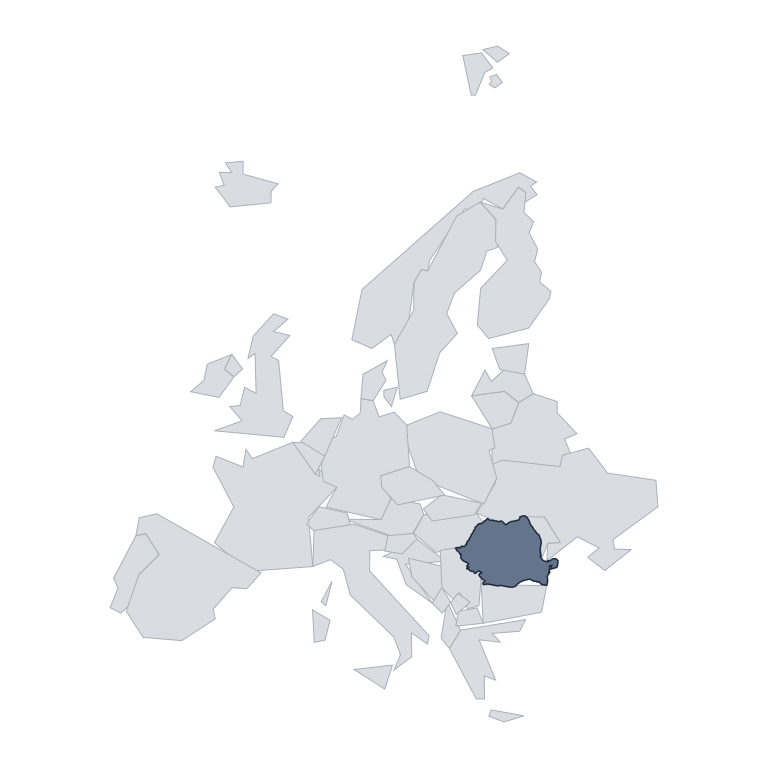 location of Romania within Europe
{"feature_id": "ROU", "entity_name": "Romania", "entity_type": "country or territory", "adm_level": 0, "iso_a3": "ROU", "parent_name": "Europe", "parent_adm1": "", "projection": "orthographic", "projection_center": [24.529, 45.967], "detail": "fine", "context": "in_parent", "style": "filled", "palette": "slate", "viewbox_px": 768, "rotation_deg": 0, "n_neighbors": 37, "source": "natural_earth", "source_scale": "50m", "svg_char_len": 10684}
<svg xmlns="http://www.w3.org/2000/svg" viewBox="0 0 768 768"><path d="M462.8,55.6L481.5,52.9L492.8,67.9L484.7,72.6L475.5,95.1L471.2,95.1L462.8,55.6ZM537.1,194.7L524.1,202.6L525.7,192.6L518.5,187.3L502.8,209.1L483.7,198.5L475.1,211.8L464.7,208.8L429.6,260.2L427.7,270.9L421.2,269.7L414.0,282.6L407.9,327.3L394.4,344.4L391.1,334.4L371.9,348.5L351.9,339.7L362.0,289.5L473.1,191.5L519.8,172.8L536.6,182.0L530.4,186.3L537.1,194.7ZM509.3,53.7L497.3,62.2L483.0,49.6L497.6,46.1L509.3,53.7ZM502.3,82.4L494.8,87.8L489.1,84.5L491.5,81.2L489.9,76.9L496.5,74.5L502.3,82.4Z" fill="#d9dde1" stroke="#a8b0b8" stroke-width="1"/><path d="M292.7,442.3L336.8,487.3L308.5,517.3L312.8,566.5L248.2,571.3L214.4,542.7L233.9,507.0L213.0,467.2L216.2,456.3L243.0,467.0L246.0,449.5L252.3,458.7L292.7,442.3ZM321.2,601.7L332.0,581.3L325.8,605.8L321.2,601.7Z" fill="#d9dde1" stroke="#a8b0b8" stroke-width="1"/><path d="M394.4,344.4L413.7,310.3L414.0,282.6L421.2,269.7L427.7,270.9L456.7,216.1L480.2,202.1L495.9,219.3L497.7,247.3L486.7,251.2L480.5,270.2L454.3,293.2L446.7,313.6L457.3,333.5L439.8,352.6L427.1,391.3L400.2,399.3L394.4,344.4Z" fill="#d9dde1" stroke="#a8b0b8" stroke-width="1"/><path d="M533.1,393.6L557.2,401.6L557.2,412.9L576.9,433.7L564.6,439.1L570.6,453.6L559.9,466.6L492.0,464.8L492.1,428.8L510.7,423.2L518.8,402.6L533.1,393.6Z" fill="#d9dde1" stroke="#a8b0b8" stroke-width="1"/><path d="M614.7,549.1L631.2,549.6L604.8,570.5L587.7,557.3L599.1,547.9L577.4,536.8L546.9,560.8L547.9,543.1L560.3,542.6L544.5,517.2L505.1,524.3L476.5,513.3L495.6,482.6L492.0,464.8L501.9,460.1L559.9,466.6L562.5,455.2L588.6,448.1L607.6,473.1L655.9,480.3L657.9,506.8L612.8,539.7L614.7,549.1Z" fill="#d9dde1" stroke="#a8b0b8" stroke-width="1"/><path d="M492.1,428.8L494.8,447.7L489.1,450.7L496.7,478.3L483.8,504.1L419.4,478.4L404.6,436.8L406.7,425.1L440.1,411.8L492.1,428.8Z" fill="#d9dde1" stroke="#a8b0b8" stroke-width="1"/><path d="M423.7,514.6L411.4,535.8L396.4,537.9L344.6,519.2L380.9,519.6L390.8,499.0L419.9,503.9L423.7,514.6Z" fill="#d9dde1" stroke="#a8b0b8" stroke-width="1"/><path d="M476.5,513.3L482.7,521.8L464.1,545.5L436.1,552.4L413.6,533.4L423.7,514.6L476.5,513.3Z" fill="#d9dde1" stroke="#a8b0b8" stroke-width="1"/><path d="M523.2,516.5L544.5,517.2L560.3,542.6L547.9,543.1L541.9,558.2L539.8,537.8L523.2,516.5Z" fill="#d9dde1" stroke="#a8b0b8" stroke-width="1"/><path d="M518.8,402.6L510.7,423.2L492.1,428.8L471.6,395.8L504.5,391.3L518.8,402.6Z" fill="#d9dde1" stroke="#a8b0b8" stroke-width="1"/><path d="M524.6,374.1L533.1,393.6L518.8,402.6L504.5,391.3L471.6,395.8L485.0,370.0L491.4,381.5L506.9,366.9L524.6,374.1Z" fill="#d9dde1" stroke="#a8b0b8" stroke-width="1"/><path d="M528.8,343.6L524.6,374.1L499.8,369.6L492.2,348.5L528.8,343.6Z" fill="#d9dde1" stroke="#a8b0b8" stroke-width="1"/><path d="M406.7,425.1L409.5,466.6L380.8,475.8L390.8,499.0L380.9,519.6L325.9,507.1L336.8,487.3L323.5,481.4L321.1,466.1L327.1,440.2L336.3,436.3L344.1,414.9L352.5,419.4L360.2,413.2L361.0,398.6L373.1,400.6L379.0,416.9L394.2,412.2L406.7,425.1Z" fill="#d9dde1" stroke="#a8b0b8" stroke-width="1"/><path d="M480.8,578.3L483.9,584.8L546.7,585.6L541.6,612.2L483.3,623.2L480.8,578.3Z" fill="#d9dde1" stroke="#a8b0b8" stroke-width="1"/><path d="M523.9,715.9L504.1,721.9L488.8,716.4L491.2,709.9L523.9,715.9ZM460.5,630.1L525.7,619.6L519.6,631.2L492.1,633.4L500.2,642.1L479.1,639.8L495.6,680.1L484.3,675.9L484.5,698.9L476.2,698.9L449.4,648.4L460.5,630.1Z" fill="#d9dde1" stroke="#a8b0b8" stroke-width="1"/><path d="M460.5,630.1L449.4,648.4L441.1,638.2L447.1,600.9L460.5,630.1Z" fill="#d9dde1" stroke="#a8b0b8" stroke-width="1"/><path d="M416.9,539.1L445.6,561.2L405.5,564.2L432.2,603.1L406.2,584.7L396.7,559.2L383.4,556.5L416.9,539.1Z" fill="#d9dde1" stroke="#a8b0b8" stroke-width="1"/><path d="M347.0,513.0L351.9,530.3L317.8,534.6L306.7,524.1L318.4,506.7L347.0,513.0Z" fill="#d9dde1" stroke="#a8b0b8" stroke-width="1"/><path d="M318.5,466.1L319.9,476.4L315.3,474.3L318.5,466.1Z" fill="#d9dde1" stroke="#a8b0b8" stroke-width="1"/><path d="M324.7,456.2L315.3,474.3L292.7,442.3L316.4,443.5L324.7,456.2Z" fill="#d9dde1" stroke="#a8b0b8" stroke-width="1"/><path d="M341.6,417.7L324.7,456.2L300.8,441.4L320.7,418.8L341.6,417.7Z" fill="#d9dde1" stroke="#a8b0b8" stroke-width="1"/><path d="M136.0,535.7L145.7,533.5L159.2,554.6L138.8,574.9L135.6,599.3L120.8,613.1L110.1,607.7L118.0,588.1L113.6,578.1L136.0,535.7Z" fill="#d9dde1" stroke="#a8b0b8" stroke-width="1"/><path d="M126.3,611.3L138.8,574.9L159.2,554.6L145.7,533.5L136.0,535.7L139.2,517.8L156.8,513.8L261.0,572.9L246.6,588.8L232.0,587.7L213.2,609.1L215.2,618.9L181.8,640.6L143.1,637.4L126.3,611.3Z" fill="#d9dde1" stroke="#a8b0b8" stroke-width="1"/><path d="M234.0,376.7L219.0,397.4L190.6,391.7L204.1,380.2L207.2,364.2L231.7,354.4L224.5,369.3L234.0,376.7Z" fill="#d9dde1" stroke="#a8b0b8" stroke-width="1"/><path d="M353.9,524.2L387.9,535.6L387.4,549.9L369.8,550.6L369.6,570.9L429.1,635.8L427.5,644.1L411.5,632.9L411.7,656.7L393.9,670.2L400.5,654.7L393.9,637.1L350.2,594.9L343.3,569.1L330.4,559.6L312.8,566.5L314.1,530.4L353.9,524.2ZM354.1,669.5L392.4,665.1L384.8,689.1L354.1,669.5ZM312.5,609.8L330.0,620.4L325.0,640.2L314.3,642.3L312.5,609.8Z" fill="#d9dde1" stroke="#a8b0b8" stroke-width="1"/><path d="M373.1,400.6L361.0,398.6L363.0,374.3L387.3,360.6L381.9,372.6L386.1,380.0L373.1,400.6ZM397.3,387.3L391.3,406.7L383.9,396.6L383.9,390.2L397.3,387.3Z" fill="#d9dde1" stroke="#a8b0b8" stroke-width="1"/><path d="M234.0,376.7L224.5,369.3L231.7,354.4L242.6,368.8L234.0,376.7ZM256.1,393.3L255.1,353.4L248.0,358.4L253.3,336.0L273.6,313.8L287.9,319.2L273.5,331.5L289.8,335.5L271.0,356.5L278.6,360.4L283.3,410.6L292.8,416.6L283.9,437.3L214.4,430.8L242.1,420.8L229.8,406.5L240.3,405.5L244.5,387.3L256.1,393.3Z" fill="#d9dde1" stroke="#a8b0b8" stroke-width="1"/><path d="M278.1,183.8L271.2,191.1L270.9,202.8L230.3,206.9L215.1,187.1L224.1,185.5L219.4,172.2L232.0,172.7L225.4,162.9L243.1,161.2L243.0,174.1L278.1,183.8Z" fill="#d9dde1" stroke="#a8b0b8" stroke-width="1"/><path d="M387.9,535.6L413.6,533.4L416.9,539.1L402.0,553.9L384.8,551.0L387.9,535.6Z" fill="#d9dde1" stroke="#a8b0b8" stroke-width="1"/><path d="M525.7,192.6L524.0,212.7L533.6,221.7L529.1,232.9L537.7,248.9L534.5,261.7L541.5,272.2L539.6,282.0L550.9,291.3L549.1,299.1L528.6,328.1L488.7,338.5L477.3,325.0L480.7,288.3L507.3,260.3L495.6,241.6L495.9,219.3L480.2,202.1L502.8,209.1L518.5,187.3L525.7,192.6Z" fill="#d9dde1" stroke="#a8b0b8" stroke-width="1"/><path d="M481.6,503.1L474.2,514.8L432.2,521.0L423.2,509.1L441.6,494.8L481.6,503.1Z" fill="#d9dde1" stroke="#a8b0b8" stroke-width="1"/><path d="M409.5,466.6L432.8,480.6L444.6,495.0L397.6,504.9L381.7,487.2L380.8,475.8L409.5,466.6Z" fill="#d9dde1" stroke="#a8b0b8" stroke-width="1"/><path d="M433.7,600.6L412.0,577.0L408.4,558.1L445.0,567.0L444.7,587.1L433.7,600.6Z" fill="#d9dde1" stroke="#a8b0b8" stroke-width="1"/><path d="M477.0,607.9L483.3,623.2L455.8,626.2L458.3,611.3L477.0,607.9Z" fill="#d9dde1" stroke="#a8b0b8" stroke-width="1"/><path d="M440.2,550.4L455.4,548.0L481.5,573.0L478.9,605.7L467.8,608.7L459.7,592.5L453.1,599.3L442.0,587.6L440.2,550.4Z" fill="#d9dde1" stroke="#a8b0b8" stroke-width="1"/><path d="M450.8,602.6L442.2,613.1L432.2,603.1L442.0,587.6L450.8,602.6Z" fill="#d9dde1" stroke="#a8b0b8" stroke-width="1"/><path d="M456.2,614.3L450.8,602.6L457.7,593.3L470.3,602.1L456.2,614.3Z" fill="#d9dde1" stroke="#a8b0b8" stroke-width="1"/><path d="M541.7,558.8L542.9,560.3L544.4,561.1L547.8,561.8L548.1,561.7L547.9,561.3L547.8,561.0L548.0,560.7L548.4,560.6L549.2,560.9L550.6,560.3L552.7,558.9L554.6,558.6L556.4,559.2L557.4,560.0L558.0,560.8L557.9,561.9L557.9,562.5L557.6,565.2L557.3,566.2L556.8,567.4L551.3,569.0L551.7,568.4L551.5,567.3L551.2,566.4L551.7,565.7L550.4,565.4L549.9,565.9L549.5,566.6L549.9,568.3L549.4,569.3L549.2,569.8L549.2,571.0L548.9,571.6L548.8,572.2L549.7,572.0L549.4,573.1L547.8,575.2L547.3,576.4L547.7,581.3L547.0,584.2L547.0,585.0L545.2,585.2L544.7,585.1L542.9,584.8L541.0,584.1L539.8,582.6L539.0,581.6L537.4,582.2L537.1,582.0L536.7,581.5L535.4,581.2L533.9,581.3L530.5,579.5L530.1,579.1L527.4,579.6L523.5,580.6L520.4,581.9L517.3,584.1L516.1,585.7L514.6,586.6L512.5,587.2L508.7,587.0L504.8,586.2L500.5,585.4L498.2,585.9L495.2,585.5L490.5,584.4L487.1,584.0L483.6,584.6L483.1,584.1L482.9,583.6L483.1,582.8L483.6,582.2L484.4,581.8L484.9,581.3L484.9,580.8L484.0,580.0L482.1,579.0L481.4,578.3L481.2,578.1L481.1,577.5L480.8,577.0L480.0,576.7L479.5,576.1L479.1,575.2L479.2,574.3L479.8,573.6L480.5,573.2L481.4,573.4L481.8,573.1L481.7,572.6L480.8,571.9L479.2,571.0L477.6,571.4L475.9,573.1L474.7,573.4L474.0,572.2L472.8,571.4L470.9,571.1L469.8,570.6L469.4,569.9L468.6,569.3L466.8,568.7L466.8,568.1L467.1,568.0L467.7,568.0L468.6,567.9L468.7,567.6L468.8,567.3L468.1,567.0L467.4,566.7L467.1,566.4L466.9,566.1L466.8,565.9L467.0,565.7L467.3,565.7L467.6,565.5L467.8,564.9L468.1,564.4L468.4,564.2L468.4,563.8L468.2,563.4L467.8,563.1L467.3,562.8L465.6,562.2L464.8,561.4L464.2,561.3L463.4,560.9L462.6,560.2L461.8,559.2L461.0,558.5L460.8,558.2L461.0,557.7L461.0,557.4L460.8,556.5L461.0,555.5L461.0,554.5L461.0,554.1L460.9,554.0L460.7,554.1L460.5,554.3L460.3,554.3L459.7,553.6L459.0,552.2L458.5,551.7L457.6,551.0L456.7,550.4L456.2,549.2L455.6,548.3L456.0,547.9L458.5,547.5L459.6,548.1L460.1,547.9L460.6,547.5L460.9,547.2L461.0,546.9L461.2,546.4L462.1,546.3L464.2,546.6L465.1,546.0L465.5,545.7L465.7,545.0L466.0,544.4L466.8,544.1L466.8,543.5L466.7,542.9L467.2,541.6L467.5,541.1L467.9,540.9L468.5,540.5L469.4,539.7L469.2,538.9L469.4,538.3L470.4,537.0L471.2,535.7L471.2,535.0L471.3,534.5L472.0,533.9L472.7,533.1L473.7,530.5L474.0,530.1L474.6,529.6L475.0,529.1L475.1,527.4L475.6,527.0L476.4,526.4L477.1,525.6L477.8,524.6L478.3,524.1L478.9,524.0L479.6,523.6L480.4,523.4L481.1,523.7L481.6,523.6L482.3,523.1L484.2,521.2L484.5,520.8L484.9,520.6L486.3,519.9L486.7,519.3L487.2,518.7L487.9,518.8L490.0,520.3L492.3,520.2L492.7,520.3L492.8,520.3L493.1,520.4L496.2,521.2L496.6,521.1L496.8,521.0L498.0,521.6L499.1,521.6L500.1,521.2L501.2,521.0L502.1,521.3L502.9,522.1L504.8,523.9L505.4,524.6L506.3,524.5L507.3,524.1L508.3,522.9L511.3,521.5L513.7,521.2L515.9,520.6L518.6,520.1L519.3,519.0L519.7,518.2L520.0,516.8L521.4,516.4L522.7,516.1L523.2,515.9L524.2,515.8L524.9,515.9L526.1,516.6L527.0,517.4L527.3,518.1L528.1,519.0L528.9,520.4L529.7,522.2L529.9,523.1L530.3,524.1L530.9,525.3L532.2,526.6L532.3,526.8L532.9,527.7L534.0,529.8L534.9,530.6L535.7,531.5L536.1,532.4L536.7,533.2L538.0,534.2L539.1,535.2L540.0,538.0L540.7,539.3L541.1,540.3L541.0,542.4L541.3,543.3L540.9,544.9L540.2,548.2L540.1,550.8L540.3,552.1L540.4,553.0L540.6,553.6L540.9,554.7L541.0,555.8L540.7,556.1L540.2,556.3L540.1,556.6L540.5,557.0L541.1,557.8L541.7,558.8Z" fill="#64748b" stroke="#1e293b" stroke-width="1.5"/></svg>